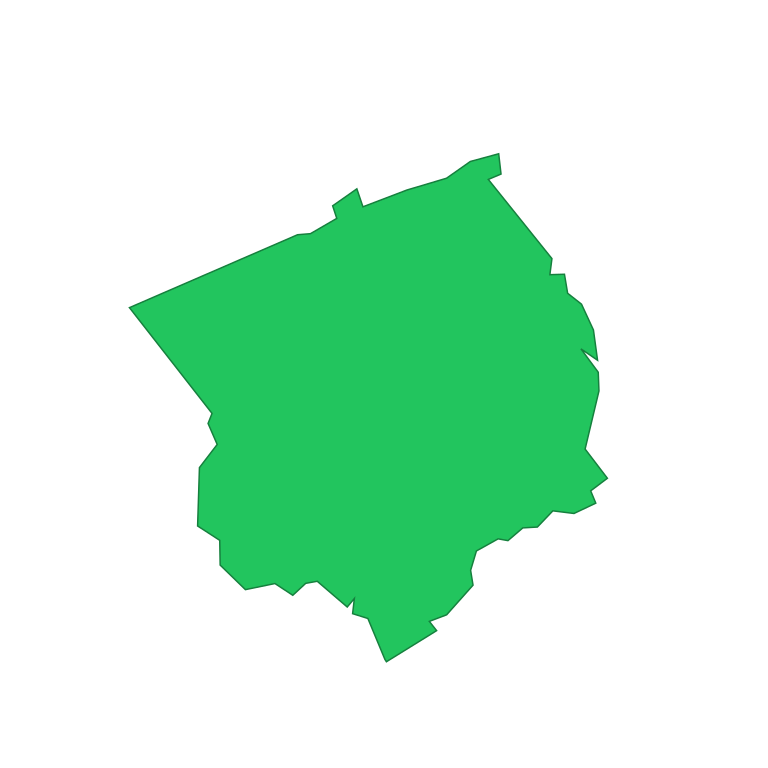 Maury, Tennessee, United States of America (Natural Earth projection), rotated 315°
{"feature_id": "52423323B71507411372136", "entity_name": "Maury", "entity_type": "district", "adm_level": 2, "iso_a3": "USA", "parent_name": "United States of America", "parent_adm1": "Tennessee", "projection": "natural_earth1", "projection_center": [-87.076, 35.629], "detail": "fine", "context": "isolated", "style": "filled", "palette": "green", "viewbox_px": 768, "rotation_deg": 315, "n_neighbors": 0, "source": "geoboundaries", "source_scale": "gbopen_adm2", "svg_char_len": 867}
<svg xmlns="http://www.w3.org/2000/svg" viewBox="0 0 768 768"><g transform="rotate(315 384 384)"><path d="M258.0,150.0L241.6,283.2L231.7,287.5L223.3,308.8L194.4,312.6L151.8,352.6L157.3,378.4L140.1,396.2L140.6,431.4L165.8,448.0L170.1,468.9L187.7,469.6L197.3,476.3L200.3,515.7L211.4,514.7L199.4,524.2L206.8,538.4L189.9,579.4L189.3,582.1L246.8,595.6L248.2,583.9L265.1,591.5L304.7,589.2L313.5,577.0L331.3,567.4L355.2,574.2L360.9,582.4L380.4,583.9L391.3,593.6L413.7,593.1L426.8,609.9L449.5,618.0L454.6,605.7L475.3,608.6L480.2,572.2L531.1,540.9L543.8,527.2L548.1,498.4L551.8,518.2L570.3,493.9L580.1,467.2L578.0,449.7L589.2,434.0L578.6,424.0L591.4,414.1L602.4,313.1L615.2,318.3L627.9,302.3L602.4,287.7L573.7,282.7L537.3,263.0L494.4,243.8L502.8,226.8L473.7,221.7L467.7,233.5L438.3,225.7L428.4,217.3L258.0,150.0Z" fill="#22c55e" stroke="#15803d" stroke-width="1.5"/></g></svg>